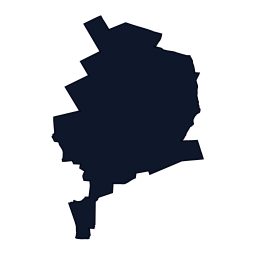 Corod, Galati, Romania (Equal Earth projection), rotated 181°
{"feature_id": "2599482B26209391371274", "entity_name": "Corod", "entity_type": "district", "adm_level": 2, "iso_a3": "ROU", "parent_name": "Romania", "parent_adm1": "Galati", "projection": "equal_earth", "projection_center": [27.618, 45.942], "detail": "fine", "context": "isolated", "style": "filled", "palette": "ink", "viewbox_px": 256, "rotation_deg": 181, "n_neighbors": 0, "source": "geoboundaries", "source_scale": "gbopen_adm2", "svg_char_len": 5419}
<svg xmlns="http://www.w3.org/2000/svg" viewBox="0 0 256 256"><g transform="rotate(181 128 128)"><path d="M202.2,137.5L202.2,134.6L201.6,127.9L201.1,123.3L201.1,122.4L201.0,121.2L201.5,121.0L201.7,120.9L201.9,120.6L202.5,120.3L202.7,120.1L202.8,120.0L202.8,119.6L202.7,118.4L202.9,118.3L203.3,118.2L203.5,118.0L203.4,117.6L203.1,117.1L202.2,115.8L202.1,115.6L202.0,115.2L201.9,114.9L201.5,114.1L200.7,113.4L198.9,113.4L198.1,113.4L197.2,112.8L196.8,112.4L196.5,112.1L196.3,111.5L196.1,110.4L192.9,105.4L192.6,104.8L192.5,104.3L192.4,103.8L192.2,103.3L192.1,102.6L191.9,102.3L191.8,101.7L192.1,101.5L192.1,99.3L192.2,97.4L192.3,96.5L192.5,96.0L193.0,95.6L192.9,94.8L192.7,93.7L191.7,93.8L190.3,93.8L189.1,93.9L186.4,94.3L183.0,94.7L182.9,94.1L182.8,93.7L182.2,93.0L181.9,92.2L181.7,91.5L178.0,91.4L176.3,91.3L175.8,91.3L175.2,91.2L174.6,90.7L175.1,88.7L175.3,87.5L175.3,87.1L174.6,86.8L172.2,85.3L170.2,84.3L171.7,80.6L172.0,79.8L172.1,79.1L172.1,78.8L172.0,78.3L171.0,75.0L165.0,74.7L164.5,70.3L164.4,69.7L165.6,58.0L169.4,57.9L169.3,57.4L171.9,55.1L172.8,54.3L173.2,53.9L173.6,53.8L176.7,53.2L179.1,53.7L180.4,54.3L180.5,54.4L180.8,54.2L180.7,53.9L180.9,53.5L181.0,53.1L181.1,52.9L181.2,52.7L181.4,52.7L182.2,52.4L182.5,52.4L183.2,52.6L183.5,52.5L183.9,52.3L184.1,51.8L184.7,51.8L185.7,51.7L179.1,33.7L177.7,29.0L177.5,23.5L177.2,22.7L177.5,20.8L177.7,18.9L178.2,17.5L177.5,17.1L172.9,16.7L171.2,16.8L167.5,16.9L166.1,16.8L165.4,17.1L165.6,17.3L165.7,17.9L165.4,18.1L164.8,18.6L164.9,18.9L165.1,19.2L165.1,19.5L165.0,19.9L164.9,20.1L164.6,20.2L164.6,20.6L164.5,21.1L164.3,21.0L164.4,21.3L165.1,27.2L164.5,27.3L162.3,27.3L160.5,27.1L160.3,28.1L160.3,28.6L159.9,28.7L160.3,29.8L160.4,30.8L159.6,30.9L159.7,53.9L159.9,54.0L159.7,54.3L159.4,54.4L158.7,54.8L158.2,55.3L157.7,55.7L157.4,55.9L157.4,56.1L157.4,56.5L157.0,57.4L156.6,58.0L155.9,58.6L154.1,59.2L142.6,63.3L142.2,72.4L134.5,72.5L131.9,72.4L130.8,72.5L130.2,72.6L127.3,74.1L124.1,76.3L122.2,77.4L120.6,78.2L120.0,78.4L119.5,83.2L106.4,85.8L105.3,82.3L73.7,96.3L63.9,97.4L59.7,97.8L52.5,98.6L54.6,104.9L55.0,105.7L56.3,109.9L56.8,111.3L58.6,116.6L61.3,116.3L62.0,116.3L63.7,116.2L65.7,116.1L66.3,116.1L67.1,116.0L67.5,116.0L69.3,116.0L71.5,115.9L72.7,115.9L73.3,115.9L74.4,116.0L74.6,116.0L74.0,117.0L73.7,117.2L73.4,117.6L73.1,117.7L72.9,117.9L72.6,118.2L72.0,119.3L71.5,120.2L71.2,120.8L71.1,121.2L71.0,121.4L70.9,121.5L70.7,121.7L70.6,121.8L70.4,122.0L70.2,122.4L70.2,122.7L70.3,123.0L69.8,124.0L69.7,124.3L69.6,124.5L69.5,124.9L69.4,125.0L69.1,125.3L68.5,126.4L68.4,126.6L68.2,127.0L67.9,127.5L67.6,127.9L67.4,128.2L67.2,128.7L67.1,129.1L67.0,129.3L66.9,129.4L66.7,129.7L66.5,130.0L66.3,130.4L66.0,130.6L65.8,130.7L65.6,130.9L65.3,131.0L64.5,131.5L64.4,131.6L64.3,131.8L63.4,132.6L63.1,132.8L62.9,133.3L62.9,133.7L62.9,134.0L63.0,134.3L63.2,134.7L63.3,135.0L63.4,135.3L63.3,135.6L63.3,135.8L63.4,136.0L63.4,136.3L63.4,136.6L63.4,136.9L63.4,137.2L63.3,137.6L63.2,137.9L63.1,138.0L63.0,138.4L63.0,138.7L62.9,138.8L62.7,139.0L62.5,139.3L62.4,139.5L62.4,139.8L62.3,140.0L62.0,140.5L61.9,140.8L61.8,141.0L61.6,141.1L61.4,141.5L61.2,141.9L61.0,142.0L60.6,142.2L60.5,142.3L60.1,143.1L59.8,143.4L59.6,143.6L59.4,143.7L59.2,143.8L58.8,144.0L58.3,144.3L58.1,144.4L58.0,144.5L57.8,144.7L57.7,144.7L57.3,144.8L57.1,145.0L56.9,145.3L56.8,145.9L56.6,146.7L56.5,146.9L56.5,147.6L56.5,147.8L56.6,148.1L56.8,148.4L57.2,148.8L57.5,149.3L57.6,149.9L57.7,150.1L57.6,150.8L57.8,151.5L58.0,151.8L58.0,152.0L58.2,152.3L58.2,152.5L58.3,152.6L58.4,152.9L58.4,153.1L58.4,153.4L58.4,153.5L58.4,153.9L58.3,154.4L58.2,155.1L58.3,155.4L58.5,155.9L58.8,156.8L59.0,157.1L59.2,158.0L59.2,158.6L59.3,159.0L59.6,160.3L59.9,160.3L60.1,161.0L60.1,161.4L60.0,161.6L59.9,161.7L59.9,161.9L59.9,162.1L59.9,162.4L59.8,162.6L59.8,162.8L59.7,164.5L59.8,166.0L59.9,167.1L59.8,168.1L59.7,168.7L59.5,169.6L59.4,170.1L59.4,170.3L59.5,170.9L59.5,171.3L59.6,172.0L59.8,172.6L60.2,173.3L60.4,174.1L60.5,174.4L60.5,174.7L60.6,175.0L60.8,175.5L61.0,175.7L61.1,176.3L61.0,176.9L60.9,177.5L60.5,178.4L59.6,180.2L59.5,180.6L59.4,180.8L59.2,181.1L59.0,181.3L57.9,184.0L58.1,184.0L59.0,184.1L59.7,184.1L61.2,184.2L62.4,184.2L62.4,184.6L62.4,184.8L62.5,185.3L62.7,186.3L63.0,188.1L63.1,188.8L63.5,190.4L63.6,190.8L63.9,191.6L63.9,191.8L64.0,192.0L64.1,192.3L64.4,192.9L64.6,193.6L64.8,194.3L64.9,194.7L64.9,195.2L64.9,196.1L65.1,196.5L66.1,198.4L67.2,200.3L67.6,201.2L68.2,201.1L71.1,201.2L72.9,201.7L75.1,202.2L76.5,202.6L77.9,203.0L79.0,203.3L79.6,203.5L79.8,203.5L80.0,203.5L80.3,203.5L80.6,203.7L81.1,203.9L83.2,204.6L84.2,204.8L87.8,205.3L90.2,205.6L91.5,205.9L93.2,206.3L94.2,206.6L94.6,206.7L94.8,206.7L94.9,206.8L95.0,207.2L95.2,207.4L95.4,207.6L95.8,207.9L96.4,208.2L99.2,208.8L101.1,209.3L101.6,209.4L102.0,209.5L102.8,209.7L102.6,209.8L102.0,210.5L101.7,210.9L101.1,211.6L100.9,212.0L100.3,213.0L100.0,213.6L99.6,214.1L99.4,214.5L99.1,214.9L98.9,215.1L98.8,215.3L98.2,216.1L97.9,216.6L97.6,217.0L97.5,217.6L97.2,218.1L96.9,218.8L96.8,219.5L96.5,220.4L96.3,221.9L96.2,222.4L98.6,223.0L100.0,223.4L100.4,223.4L102.3,223.9L104.9,224.6L105.4,224.9L107.8,225.7L109.6,226.3L113.4,227.4L116.6,228.3L120.0,229.2L124.5,230.5L131.2,232.6L132.2,232.9L148.9,225.8L150.8,228.9L154.0,234.0L155.3,235.8L155.7,236.5L156.5,238.0L157.2,239.3L157.4,239.3L163.0,236.6L169.3,233.4L173.6,231.2L156.9,203.9L176.5,193.7L168.0,179.8L191.3,167.9L176.3,144.1L202.2,137.5Z" fill="#0f172a" stroke="#020617" stroke-width="1.5"/></g></svg>